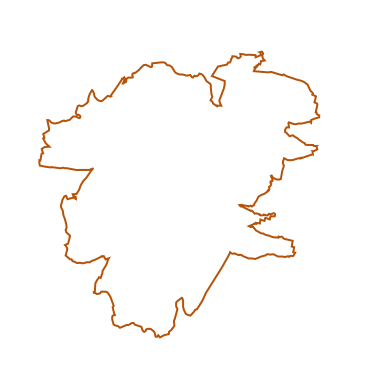 the district of Tlapanalá, Puebla, Mexico, rotated 77°
{"feature_id": "50627088B76053764964540", "entity_name": "Tlapanalá", "entity_type": "district", "adm_level": 2, "iso_a3": "MEX", "parent_name": "Mexico", "parent_adm1": "Puebla", "projection": "mercator", "projection_center": [-98.531, 18.695], "detail": "fine", "context": "isolated", "style": "outline", "palette": "amber", "viewbox_px": 384, "rotation_deg": 77, "n_neighbors": 0, "source": "geoboundaries", "source_scale": "gbopen_adm2", "svg_char_len": 5925}
<svg xmlns="http://www.w3.org/2000/svg" viewBox="0 0 384 384"><g transform="rotate(77 192 192)"><path d="M65.0,232.2L66.4,234.8L66.2,235.0L67.0,235.4L71.7,240.4L79.4,249.0L80.6,249.0L80.7,250.2L79.5,252.0L79.5,252.8L82.8,258.5L83.0,260.1L82.0,262.3L80.6,263.6L77.3,265.4L75.3,265.5L74.2,265.2L70.6,266.1L70.2,266.5L73.9,269.9L77.8,272.1L80.5,272.8L80.4,273.3L81.8,274.3L83.5,278.7L83.5,280.5L82.4,282.1L82.5,283.9L88.2,287.3L90.0,287.2L91.0,286.6L91.2,285.1L92.9,283.7L94.4,284.3L94.6,285.4L92.3,288.2L91.7,291.0L94.2,295.0L94.4,299.6L93.6,300.7L93.7,303.1L94.2,304.3L94.5,306.6L94.4,310.2L93.7,312.0L92.7,313.4L89.9,315.2L89.4,316.8L98.3,317.0L99.8,317.5L102.0,323.9L106.0,323.6L106.3,325.0L111.7,323.5L115.8,320.7L115.0,325.4L116.3,328.8L120.8,328.4L120.7,329.3L121.3,330.2L127.1,332.6L126.7,333.6L129.9,334.3L132.0,334.3L134.4,329.1L136.3,324.1L136.2,323.1L136.6,322.0L139.3,314.9L139.3,312.2L140.1,310.9L140.7,308.5L144.5,299.8L147.4,287.2L146.7,282.7L148.1,284.9L154.4,291.8L156.8,295.4L160.4,298.9L164.6,301.6L168.0,305.1L167.3,308.7L169.1,308.5L170.6,306.4L172.7,306.7L170.8,308.8L171.0,314.9L167.4,315.5L167.4,316.8L167.9,317.7L170.4,319.9L175.8,322.8L178.0,322.9L181.2,322.1L185.5,322.5L190.1,321.9L195.7,321.8L198.5,322.2L200.8,323.7L203.1,323.5L206.6,320.9L207.5,321.2L207.8,320.9L214.4,324.3L215.1,327.7L216.9,326.7L219.5,326.2L225.4,329.4L230.1,326.0L230.6,324.4L231.9,324.2L232.7,323.7L232.9,323.0L235.4,319.9L235.8,316.9L236.9,314.7L236.9,309.3L237.5,307.8L236.4,304.6L236.6,303.9L235.2,297.0L234.2,294.4L234.5,293.6L234.8,293.6L234.6,292.4L238.3,291.3L237.9,288.0L239.4,289.4L240.9,290.0L243.7,291.9L248.8,296.9L250.8,297.5L255.2,300.3L254.1,301.7L257.0,304.8L259.3,306.7L266.9,309.0L267.5,310.3L268.3,310.2L268.7,308.9L269.9,307.7L270.2,306.9L270.0,306.2L270.2,304.6L268.7,302.8L269.8,298.3L270.9,296.9L275.5,295.1L285.4,293.9L286.3,295.2L292.7,295.2L294.5,294.8L294.6,297.1L296.4,298.1L298.7,298.4L303.4,298.2L304.6,297.1L306.0,294.3L308.1,292.7L306.9,285.7L307.3,283.6L306.1,280.0L306.4,278.5L308.6,277.3L311.9,271.7L315.0,271.4L317.2,270.6L317.5,269.5L317.1,268.6L316.0,267.9L315.3,266.6L315.6,264.5L316.4,262.8L319.3,260.5L321.3,260.0L324.8,260.0L325.2,258.6L324.0,257.1L326.5,255.9L325.2,251.2L325.2,246.6L323.0,245.8L321.8,243.2L318.8,239.6L318.1,239.2L313.5,238.6L311.6,237.2L303.2,232.7L302.0,232.6L300.0,233.2L296.1,232.3L294.9,230.6L292.8,225.7L293.1,225.4L296.0,225.1L301.7,226.5L305.1,226.4L309.4,225.4L311.0,223.5L312.0,221.3L309.2,217.1L307.5,215.4L307.3,213.4L300.4,206.5L293.1,200.8L271.6,179.2L261.1,169.7L259.3,168.4L260.7,167.3L261.5,165.8L261.3,164.7L261.7,163.9L264.0,160.8L263.9,159.5L264.7,157.7L265.9,156.8L269.4,151.9L270.6,147.4L271.5,145.7L270.4,138.7L270.3,134.9L269.5,132.5L270.5,130.3L271.0,126.6L274.1,122.9L274.6,121.2L275.3,118.1L275.7,117.6L276.4,115.0L276.1,113.9L276.5,111.5L276.8,111.6L276.5,109.9L277.1,107.7L274.3,105.1L273.4,106.9L268.8,104.9L267.6,107.1L262.2,104.9L258.3,112.8L255.8,114.5L255.4,117.2L255.7,117.6L255.0,117.8L255.6,118.8L255.2,120.5L254.2,123.3L251.3,127.8L250.6,129.6L248.4,132.1L247.9,133.8L243.9,138.3L239.9,140.2L239.4,140.8L239.4,142.6L238.1,144.2L237.2,138.9L236.9,138.8L237.5,136.7L236.4,136.7L237.9,132.9L234.2,131.6L236.5,127.9L233.7,126.4L234.9,124.2L235.9,123.2L236.2,122.3L233.4,121.1L234.3,116.9L232.2,116.0L231.1,116.9L231.0,117.7L231.5,119.9L230.6,122.0L231.7,123.4L231.6,124.6L230.2,127.0L230.7,127.3L230.3,130.3L229.7,131.2L229.0,131.0L227.3,134.1L227.2,135.8L224.1,137.5L223.2,138.9L223.5,139.1L217.2,146.8L217.0,147.9L215.4,148.7L215.7,146.4L216.6,144.9L218.4,140.2L218.8,140.1L218.5,138.0L219.6,136.8L219.0,136.0L219.0,135.0L218.8,134.5L217.2,133.7L215.0,131.1L211.5,128.3L210.2,124.1L210.3,123.0L209.6,120.7L208.0,117.2L207.5,117.6L206.6,115.9L204.3,115.8L203.8,114.2L202.2,113.0L201.5,112.8L200.6,113.5L199.3,113.0L199.4,111.1L198.3,110.8L194.1,111.5L193.9,110.7L196.2,110.0L198.6,107.2L199.5,104.4L199.3,102.5L191.7,99.3L187.3,96.6L184.2,97.0L182.2,96.2L179.8,94.6L182.4,91.7L183.2,88.9L183.5,86.1L183.2,82.8L183.2,78.3L183.7,78.5L182.4,66.0L182.6,65.8L180.3,65.5L179.8,65.1L179.3,65.4L179.5,63.4L178.6,60.3L175.4,60.5L175.2,60.2L174.5,63.1L173.4,63.4L172.7,67.0L171.5,70.8L169.8,71.2L168.5,72.9L164.2,76.7L163.0,77.4L161.8,79.0L159.4,81.0L159.6,84.4L155.5,86.7L154.5,87.8L152.9,87.5L152.0,87.0L150.3,85.3L150.9,83.0L146.4,82.5L145.9,82.0L148.5,77.9L149.3,76.0L149.3,71.8L149.8,70.8L150.0,69.5L149.9,61.4L151.3,60.4L148.6,59.6L147.9,54.2L147.9,51.3L146.0,50.8L144.2,52.9L142.5,52.8L142.2,53.5L134.9,50.1L134.0,50.2L132.2,52.5L126.7,49.7L124.2,52.9L123.1,51.9L119.7,53.9L113.1,55.3L112.0,56.5L110.4,57.7L108.4,60.1L106.1,64.6L100.4,73.8L98.0,76.4L98.6,77.7L92.8,87.9L92.5,91.2L88.2,104.5L86.1,102.9L85.9,103.3L84.5,103.0L85.1,101.7L83.7,101.0L84.2,100.2L83.0,99.6L83.2,99.0L82.2,98.1L83.0,96.9L81.9,96.1L80.0,95.5L80.2,91.6L77.6,93.0L74.9,92.8L74.3,93.2L74.4,92.7L73.2,91.5L71.4,92.0L70.9,92.5L71.0,94.3L71.2,94.0L74.2,94.1L75.0,99.7L72.9,99.3L71.0,105.8L70.6,108.4L68.7,112.5L68.4,113.9L70.9,113.9L71.7,114.9L72.2,116.7L71.7,117.7L70.5,118.1L70.0,118.6L68.8,122.1L70.3,122.8L71.3,124.0L72.9,124.7L74.3,125.8L74.0,127.8L75.7,129.2L75.6,138.5L83.5,146.5L91.3,135.1L95.2,136.2L98.3,137.7L109.0,144.8L110.9,144.8L114.5,144.1L113.9,146.1L113.9,147.7L113.5,148.0L114.0,148.4L110.5,151.6L108.6,151.8L106.9,153.3L103.8,150.8L101.1,151.0L94.4,150.2L92.4,149.6L90.7,149.9L87.1,153.0L83.6,153.9L80.5,155.2L79.3,156.3L78.3,158.1L80.0,160.1L80.1,162.1L79.3,163.4L80.7,165.4L80.0,166.4L77.6,167.3L77.5,170.8L75.3,174.9L74.9,177.2L72.9,180.4L71.2,181.7L65.6,183.5L63.5,185.6L63.0,187.5L60.0,189.2L59.2,190.9L58.7,193.3L57.7,201.8L60.8,202.7L61.1,204.0L57.7,208.3L57.5,210.5L59.5,214.0L61.0,216.0L62.8,219.7L63.2,220.8L63.1,222.6L63.5,223.4L65.1,223.9L66.8,223.8L67.1,224.5L66.2,228.3L67.0,230.5L69.8,231.4L70.8,234.7L70.7,235.0L68.7,233.3L67.2,232.5L66.5,232.5L65.9,232.0L65.0,232.2Z" fill="none" stroke="#b45309" stroke-width="2"/></g></svg>